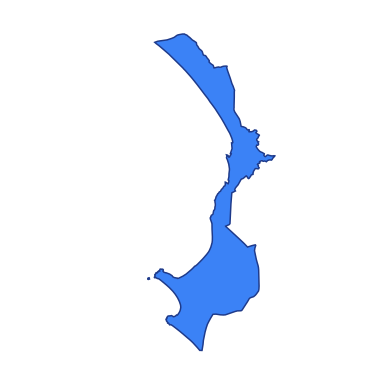 Phan Thiet, Bình Thuận, Vietnam, rotated 120°
{"feature_id": "81297802B56109009945364", "entity_name": "Phan Thiet", "entity_type": "district", "adm_level": 2, "iso_a3": "VNM", "parent_name": "Vietnam", "parent_adm1": "Bình Thuận", "projection": "robinson", "projection_center": [108.172, 10.903], "detail": "fine", "context": "isolated", "style": "filled", "palette": "blue", "viewbox_px": 384, "rotation_deg": 120, "n_neighbors": 0, "source": "geoboundaries", "source_scale": "gbopen_adm2", "svg_char_len": 5936}
<svg xmlns="http://www.w3.org/2000/svg" viewBox="0 0 384 384"><g transform="rotate(120 192 192)"><path d="M247.8,85.2L244.4,84.9L242.6,85.5L239.9,86.9L226.3,95.2L224.3,96.6L222.7,98.0L220.4,100.4L218.1,102.7L211.6,108.5L209.1,109.5L206.4,110.1L206.1,110.6L206.4,111.1L208.5,113.3L211.9,116.4L210.6,120.8L208.9,127.9L205.0,145.4L204.8,145.8L201.8,143.6L200.7,143.3L200.4,143.3L182.9,152.3L172.8,157.1L169.4,154.9L168.7,156.1L167.2,156.4L165.4,156.2L162.7,155.7L156.5,155.8L155.8,155.4L155.0,154.7L153.7,154.1L151.1,153.2L150.9,153.0L150.9,152.6L152.1,150.3L152.1,149.7L151.7,149.4L149.1,149.1L148.2,149.2L147.4,149.1L146.4,148.1L146.1,148.0L145.8,148.0L145.3,148.7L144.1,148.8L143.4,149.1L140.1,148.9L139.6,148.1L139.0,146.5L138.7,146.1L138.0,145.9L137.4,146.0L137.1,146.9L136.6,147.5L135.9,147.8L135.4,149.1L134.8,149.1L133.9,148.3L133.1,147.8L132.6,147.9L132.6,148.4L132.4,148.6L131.8,148.6L130.2,147.5L129.8,146.8L129.9,146.5L129.8,145.7L128.8,144.5L128.6,142.7L127.0,142.3L126.3,141.7L125.7,141.2L125.2,140.5L124.8,139.4L124.6,139.1L123.9,138.9L122.3,138.9L119.8,138.3L119.3,138.3L119.4,138.7L119.6,139.2L120.3,140.0L121.0,141.3L121.7,143.5L121.9,144.6L122.1,145.0L122.8,145.5L124.4,146.0L124.7,146.2L124.8,146.5L124.7,147.2L124.3,148.1L124.0,148.3L123.1,148.3L122.7,148.5L122.7,151.1L122.9,152.4L122.9,153.7L122.1,156.3L121.0,158.5L120.7,159.0L120.3,159.2L119.1,159.4L118.8,158.7L118.4,158.3L118.1,158.2L117.4,158.2L117.1,158.4L115.9,159.9L115.5,159.9L115.3,159.7L115.2,160.9L115.0,161.3L114.7,161.9L114.0,162.3L113.8,162.3L112.0,161.9L110.7,162.2L109.3,162.0L109.1,162.1L109.0,162.9L109.0,165.4L108.8,166.1L108.6,166.4L107.2,166.1L106.9,166.2L106.5,166.8L106.4,167.1L106.6,167.8L106.9,168.7L107.1,168.9L108.7,169.5L109.4,170.0L110.2,170.8L111.3,172.7L111.1,173.0L109.8,173.3L109.5,173.6L109.5,173.8L110.2,174.4L110.4,175.0L110.4,175.5L109.8,176.6L109.6,177.7L109.7,179.0L110.0,180.6L110.5,181.8L110.5,182.3L110.1,182.7L106.9,185.5L105.3,187.3L104.7,188.2L101.3,195.0L100.0,196.6L99.0,197.3L97.8,197.8L96.1,198.8L88.7,202.8L84.0,205.5L82.7,206.0L79.9,209.2L78.1,211.7L74.4,215.7L69.2,221.8L67.0,224.1L66.4,224.3L66.0,224.3L65.6,224.5L65.7,225.1L67.0,227.2L68.3,228.6L69.4,229.3L70.2,230.6L70.5,231.6L71.7,233.0L72.9,234.2L73.5,235.0L72.1,236.5L71.7,237.1L71.5,239.6L71.0,241.9L70.8,242.3L69.9,242.5L69.6,242.8L69.0,244.1L68.2,246.3L67.4,247.6L67.2,248.7L67.6,250.0L67.6,250.8L65.3,253.3L64.8,254.4L64.4,256.9L64.2,257.7L62.9,259.8L62.6,260.8L62.4,261.1L62.1,261.6L60.5,262.9L60.4,263.4L60.2,265.7L60.2,267.6L59.3,271.3L59.1,273.1L58.8,274.2L58.7,275.1L59.0,276.5L58.9,277.4L60.0,279.3L62.4,282.1L63.2,282.9L64.1,283.5L66.9,284.7L69.0,286.3L72.7,289.6L73.9,291.1L77.7,296.0L78.7,297.2L81.0,299.1L81.4,297.1L81.8,293.6L84.2,280.9L85.1,277.5L89.1,262.0L89.6,260.6L90.1,258.7L93.2,249.5L96.3,241.5L100.1,232.4L101.1,230.1L103.1,225.1L105.2,220.9L105.8,219.3L108.3,213.6L113.6,203.3L116.2,198.8L120.5,191.7L122.3,188.6L125.3,184.7L126.5,183.4L127.6,182.3L128.9,181.4L129.3,181.5L129.7,182.3L134.4,179.0L139.5,178.0L139.3,177.3L139.3,177.1L140.6,177.0L141.3,177.2L142.7,177.0L143.1,177.1L143.4,177.4L142.9,178.7L142.6,178.6L142.3,179.3L142.3,179.7L142.6,180.7L143.4,179.8L144.1,179.5L144.6,179.5L145.2,179.1L145.6,178.7L146.2,177.7L149.5,174.1L152.9,171.4L154.2,170.6L157.7,169.1L160.3,167.7L163.5,166.7L163.5,166.1L163.7,165.8L164.6,165.3L166.7,164.8L167.0,165.7L166.7,166.2L166.7,168.0L166.8,168.2L168.2,167.3L169.2,166.8L170.3,166.6L171.0,167.2L173.7,167.3L175.0,167.8L177.1,167.7L178.4,168.4L179.7,168.4L180.7,168.8L182.8,168.7L183.8,168.8L187.0,168.0L187.9,168.3L188.0,168.2L188.1,167.8L189.2,167.1L190.7,165.8L192.0,165.1L192.6,164.8L193.4,164.7L195.2,163.8L196.3,163.7L197.2,163.9L197.8,163.8L200.5,162.8L201.5,163.0L202.1,163.4L202.6,163.6L203.4,163.4L203.6,163.5L203.8,163.5L204.0,163.3L204.5,163.2L205.2,163.3L206.1,162.7L208.5,159.9L209.4,158.9L214.4,155.9L220.5,152.0L223.9,150.1L225.7,149.3L230.4,148.1L234.1,147.7L235.6,147.7L238.8,148.1L244.9,149.3L252.2,151.2L254.3,152.0L255.0,152.6L255.3,152.7L256.2,152.8L259.4,153.7L265.9,156.0L269.4,157.8L273.0,160.2L273.7,160.8L274.1,161.4L273.9,161.6L274.3,162.6L275.0,164.7L275.0,166.1L274.9,166.5L274.4,167.5L274.4,168.2L274.3,169.5L274.3,170.6L274.9,174.0L275.2,174.6L275.5,176.2L275.2,177.4L274.5,177.8L274.2,177.7L273.8,177.9L273.6,178.2L273.5,178.7L273.6,179.0L274.0,179.6L274.0,179.8L274.3,180.1L274.6,181.0L275.9,181.0L276.5,180.5L276.7,180.9L276.9,180.8L277.2,181.0L277.3,181.5L277.5,181.5L277.6,181.2L277.8,181.2L278.0,181.4L278.1,181.6L278.4,181.6L278.5,181.9L279.4,181.7L279.6,181.9L279.9,182.1L279.8,182.5L280.1,182.8L280.6,182.6L281.6,182.6L281.8,182.5L281.9,182.8L282.0,182.9L282.3,182.6L283.0,182.4L283.6,181.8L284.5,182.0L284.8,181.9L284.9,181.7L284.8,181.1L284.5,180.9L284.2,180.4L284.3,178.8L283.8,177.5L284.0,175.4L285.3,167.7L286.1,163.9L287.5,159.0L289.0,155.2L290.9,151.5L293.2,148.1L295.4,145.6L296.4,144.8L297.8,143.9L300.5,143.0L302.7,142.8L305.4,143.0L306.0,143.2L306.2,143.9L307.4,144.2L308.3,144.7L309.1,145.4L309.4,146.0L309.2,146.4L309.3,148.0L310.4,149.2L310.6,149.7L311.4,150.7L312.2,151.0L312.9,150.8L313.3,151.0L313.9,150.6L314.2,150.8L314.5,150.6L314.8,150.8L315.0,150.6L315.3,150.8L315.6,150.7L315.9,150.0L316.0,150.0L316.2,149.6L316.6,149.4L316.7,148.8L317.0,148.4L317.0,148.1L317.1,147.8L317.7,147.5L317.4,147.0L317.4,146.4L317.8,146.0L318.2,145.1L318.2,144.7L317.7,144.3L317.4,143.8L317.5,142.2L317.7,140.3L318.7,133.1L321.3,118.9L322.1,115.7L324.1,109.4L325.3,106.1L324.2,104.1L318.6,106.2L314.9,107.9L306.6,110.7L302.3,111.8L298.9,112.5L295.8,112.7L291.6,112.8L287.5,112.7L286.9,111.9L285.8,110.2L284.2,106.1L282.8,103.3L281.7,101.7L273.9,94.9L272.3,93.3L270.6,90.6L269.9,89.8L269.1,89.6L259.2,89.1L255.8,89.1L254.4,88.6L251.8,86.3L249.6,85.5L247.8,85.2ZM288.9,187.1L289.6,186.7L289.6,186.2L289.4,185.9L289.0,185.8L288.7,185.3L287.8,186.0L287.7,186.3L288.3,186.9L288.9,187.1Z" fill="#3b82f6" stroke="#1e3a8a" stroke-width="1.5"/></g></svg>